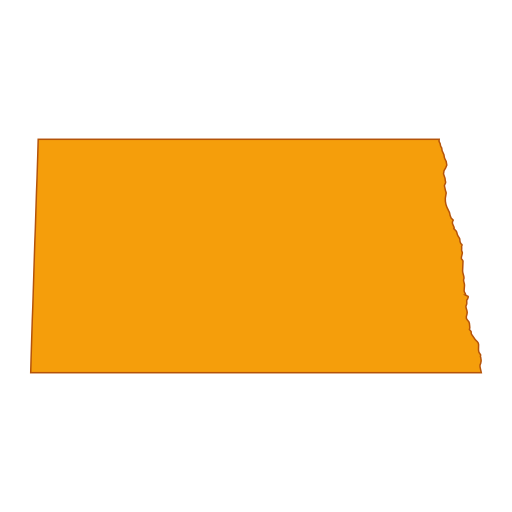 outline of North Dakota
{"feature_id": "USA-3516", "entity_name": "North Dakota", "entity_type": "State", "adm_level": 1, "iso_a3": "USA", "parent_name": "United States of America", "parent_adm1": "", "projection": "equal_earth", "projection_center": [-98.519, 47.467], "detail": "fine", "context": "isolated", "style": "filled", "palette": "amber", "viewbox_px": 512, "rotation_deg": 0, "n_neighbors": 0, "source": "natural_earth", "source_scale": "10m", "svg_char_len": 2815}
<svg xmlns="http://www.w3.org/2000/svg" viewBox="0 0 512 512"><path d="M38.2,139.3L42.8,139.3L55.7,139.3L68.7,139.3L81.6,139.3L94.5,139.3L107.4,139.3L120.3,139.3L133.3,139.3L146.2,139.3L159.1,139.3L172.0,139.3L184.9,139.3L195.9,139.3L197.9,139.3L210.8,139.3L223.7,139.3L236.6,139.3L249.5,139.3L262.5,139.3L275.4,139.3L288.3,139.3L301.2,139.3L314.1,139.3L327.1,139.3L340.0,139.3L352.9,139.3L365.8,139.3L378.7,139.3L391.7,139.3L404.6,139.3L417.5,139.3L430.4,139.3L439.2,139.3L439.0,141.1L439.5,142.4L440.1,143.5L440.3,144.5L440.6,146.0L440.9,146.7L441.4,147.4L441.7,148.0L442.1,150.7L443.9,154.7L444.4,157.6L444.9,158.9L446.2,161.5L446.8,165.1L445.6,168.0L444.0,170.7L443.5,173.9L445.0,178.3L445.3,180.7L445.6,181.9L445.6,182.7L445.3,183.5L444.6,184.9L444.4,185.8L445.5,190.7L445.9,191.8L446.2,193.0L445.3,198.3L445.4,201.4L445.9,204.3L446.8,207.0L449.5,212.6L450.1,215.4L451.1,218.0L453.2,220.1L452.4,222.0L452.5,223.7L454.1,227.4L454.1,227.9L453.8,228.4L453.9,228.8L454.1,228.9L454.3,229.0L454.5,229.1L454.6,229.3L454.8,229.6L456.2,231.1L456.7,232.1L457.4,234.7L458.2,236.3L459.0,237.5L459.7,238.8L460.0,241.5L460.8,243.6L461.7,244.3L462.0,244.7L462.0,245.2L461.9,245.6L461.7,246.0L461.6,246.3L461.7,248.1L461.6,249.6L461.7,251.0L462.3,252.3L462.3,253.4L461.4,257.2L461.4,258.8L461.7,259.2L462.2,259.8L462.7,260.4L463.0,261.2L462.6,270.9L462.8,272.6L463.8,276.4L464.0,278.0L463.9,278.6L463.7,279.2L463.6,280.0L463.6,280.9L464.4,284.1L464.5,285.6L464.1,290.6L464.3,291.7L464.6,292.4L465.3,293.6L465.6,294.6L465.6,295.1L465.4,295.1L465.7,295.3L466.4,295.5L467.0,295.9L467.7,296.1L468.1,296.4L468.3,296.9L468.2,297.3L468.0,297.6L467.7,298.8L466.9,299.9L466.7,300.7L466.8,303.3L466.7,304.1L466.5,304.7L466.0,305.9L465.9,306.7L466.1,307.9L466.9,310.6L467.2,312.3L467.0,314.0L466.3,316.7L466.4,318.4L467.0,319.5L468.9,321.9L469.4,323.4L469.7,326.3L469.8,327.9L469.4,329.5L469.8,330.0L470.7,331.0L471.1,331.6L471.2,332.2L471.2,332.9L471.3,333.7L471.7,334.5L475.2,339.6L477.3,341.7L478.2,343.0L478.6,344.6L478.5,349.7L478.7,351.2L478.9,352.1L479.2,352.7L480.6,354.8L480.6,355.3L480.5,355.9L480.4,356.8L480.7,357.3L481.1,360.1L481.1,361.1L480.7,363.3L480.0,365.0L480.0,366.9L481.3,372.7L467.3,372.7L453.2,372.7L439.2,372.7L425.2,372.7L411.2,372.7L397.2,372.7L383.2,372.7L369.1,372.7L355.1,372.7L341.1,372.7L327.1,372.7L313.1,372.7L299.1,372.7L285.0,372.7L271.0,372.7L257.0,372.7L243.0,372.7L229.0,372.7L215.0,372.7L201.0,372.7L186.9,372.7L172.9,372.7L158.9,372.7L144.9,372.7L130.9,372.7L116.9,372.7L102.8,372.7L88.8,372.7L74.8,372.7L60.8,372.7L46.8,372.7L30.7,372.7L31.1,357.8L31.5,344.9L31.9,332.0L32.3,319.1L32.8,306.2L33.2,293.4L33.6,280.5L34.0,267.7L34.4,255.0L34.8,242.2L35.3,229.5L35.7,216.8L36.1,204.1L36.5,191.5L37.0,178.8L37.4,166.2L37.8,153.6L38.2,139.3Z" fill="#f59e0b" stroke="#b45309" stroke-width="1.5"/></svg>